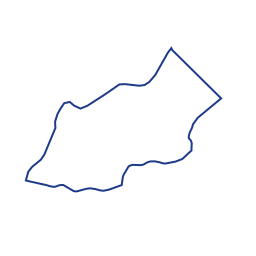 the border of Saint Mary, rotated 295°
{"feature_id": "JAM-1381", "entity_name": "Saint Mary", "entity_type": "Parish", "adm_level": 1, "iso_a3": "JAM", "parent_name": "Jamaica", "parent_adm1": "", "projection": "albers", "projection_center": [-76.93, 18.277], "detail": "fine", "context": "isolated", "style": "outline", "palette": "blue", "viewbox_px": 256, "rotation_deg": 295, "n_neighbors": 0, "source": "natural_earth", "source_scale": "10m", "svg_char_len": 973}
<svg xmlns="http://www.w3.org/2000/svg" viewBox="0 0 256 256"><g transform="rotate(295 128 128)"><path d="M37.3,57.6L46.3,56.1L52.2,57.5L62.4,62.4L68.3,63.4L97.3,62.2L103.0,59.2L111.0,58.2L117.5,58.7L123.5,59.7L127.0,64.2L125.5,69.7L125.5,76.7L131.0,81.8L148.5,92.8L163.9,101.8L166.5,106.8L171.1,120.4L174.0,124.9L178.7,127.8L187.6,130.3L213.1,132.3L218.7,133.5L217.3,135.2L194.2,199.9L166.8,186.9L158.6,185.3L155.8,185.9L149.5,185.9L146.5,186.5L144.6,187.3L143.9,188.6L143.4,189.9L142.2,191.3L141.1,192.2L134.4,195.0L122.8,190.3L117.6,185.2L111.8,177.2L110.8,175.0L110.2,170.6L109.1,166.4L107.2,162.4L105.1,160.1L101.2,157.3L99.6,155.0L96.6,147.9L95.1,146.0L93.5,144.8L84.1,143.8L82.6,143.9L81.1,144.1L73.6,146.4L64.2,136.9L60.9,132.5L60.3,131.1L59.5,128.3L58.8,123.9L57.3,119.1L55.2,115.8L49.1,108.6L48.1,106.6L47.9,105.1L49.0,93.5L48.1,91.5L46.8,89.6L44.2,87.1L43.2,85.3L42.2,81.6L41.9,78.9L37.7,59.9L37.3,57.6Z" fill="none" stroke="#1e3a8a" stroke-width="2"/></g></svg>